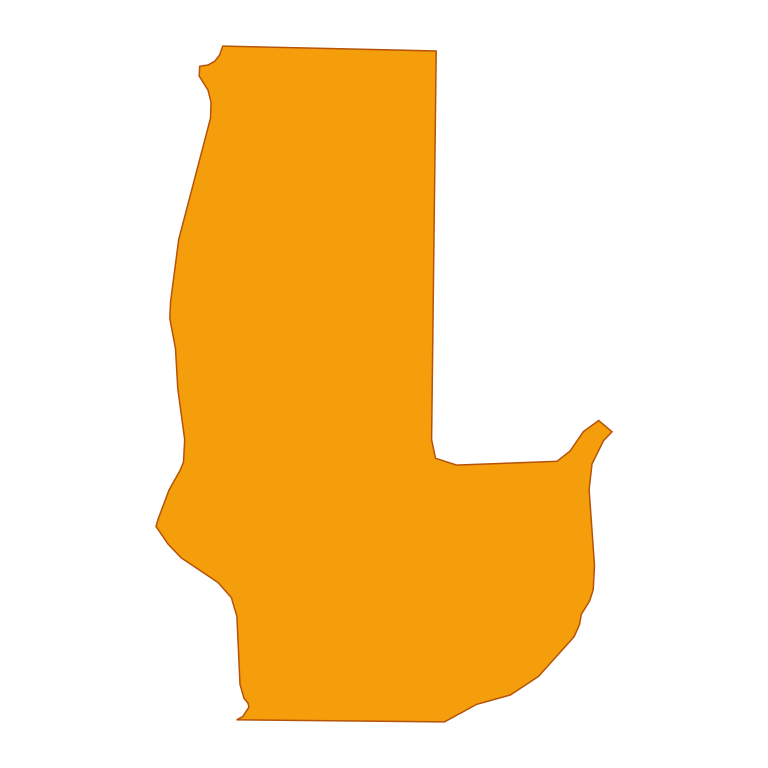 outline of Davao
{"feature_id": "PHL-5528", "entity_name": "Davao", "entity_type": "Highly Urbanized City", "adm_level": 1, "iso_a3": "PHL", "parent_name": "Philippines", "parent_adm1": "", "projection": "natural_earth1", "projection_center": [125.415, 7.306], "detail": "fine", "context": "isolated", "style": "filled", "palette": "amber", "viewbox_px": 768, "rotation_deg": 0, "n_neighbors": 0, "source": "natural_earth", "source_scale": "10m", "svg_char_len": 796}
<svg xmlns="http://www.w3.org/2000/svg" viewBox="0 0 768 768"><path d="M612.0,431.8L611.8,432.0L603.5,440.7L592.0,464.0L589.1,489.6L594.5,565.5L593.2,589.7L589.7,600.8L581.3,614.4L579.5,624.7L574.1,636.7L538.5,676.4L510.3,695.0L476.5,704.4L444.5,721.9L236.6,719.8L242.7,716.6L242.8,716.5L248.9,707.2L248.1,703.4L244.0,698.2L240.0,684.4L236.9,616.4L231.4,597.7L218.1,582.6L181.3,557.9L168.0,544.0L156.0,526.5L158.0,519.4L169.0,490.1L180.3,469.9L183.5,462.1L184.7,439.6L177.8,388.9L175.5,348.7L169.8,318.4L170.6,301.3L178.7,239.5L210.5,118.2L211.0,102.1L208.0,90.1L199.2,76.1L199.7,66.3L208.0,65.0L214.8,61.2L219.7,54.9L222.7,46.1L436.2,51.0L431.6,439.7L435.5,458.3L456.7,465.1L557.0,461.3L570.1,451.0L583.5,431.5L598.7,420.5L612.0,431.8Z" fill="#f59e0b" stroke="#b45309" stroke-width="1.5"/></svg>